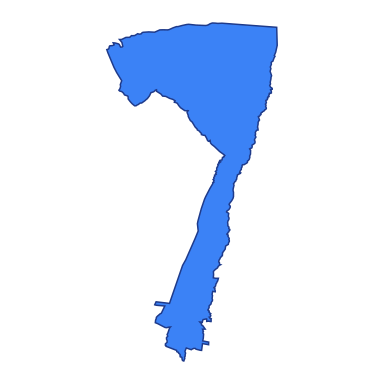 the district of San Francisco Tetlanohcan, Tlaxcala, Mexico, rotated 270°
{"feature_id": "50627088B55823705242599", "entity_name": "San Francisco Tetlanohcan", "entity_type": "district", "adm_level": 2, "iso_a3": "MEX", "parent_name": "Mexico", "parent_adm1": "Tlaxcala", "projection": "equal_earth", "projection_center": [-98.111, 19.261], "detail": "fine", "context": "isolated", "style": "filled", "palette": "blue", "viewbox_px": 384, "rotation_deg": 270, "n_neighbors": 0, "source": "geoboundaries", "source_scale": "gbopen_adm2", "svg_char_len": 6031}
<svg xmlns="http://www.w3.org/2000/svg" viewBox="0 0 384 384"><g transform="rotate(270 192 192)"><path d="M82.2,156.1L79.2,154.7L79.1,154.9L78.7,156.8L78.0,164.8L70.7,161.3L70.3,160.3L68.0,157.6L66.7,156.4L65.3,156.2L63.9,155.6L61.3,155.3L60.3,157.8L56.5,165.1L56.3,166.8L56.8,168.3L57.0,170.4L56.1,169.6L50.5,167.7L49.6,167.1L49.0,167.4L47.7,167.7L46.4,166.5L44.9,166.5L43.5,167.1L41.7,167.1L40.1,165.4L38.7,165.4L38.5,166.0L37.7,166.0L33.6,176.6L32.4,176.8L32.1,177.2L31.7,178.4L30.9,178.6L29.5,180.1L28.8,180.3L28.4,180.0L27.2,180.2L27.0,180.6L26.9,181.5L26.6,181.8L26.2,182.0L25.1,182.0L23.5,182.5L23.0,183.8L25.6,184.8L27.1,184.6L27.9,185.2L29.1,185.1L30.9,185.6L32.3,185.0L33.1,185.1L36.0,186.3L34.3,191.3L35.1,192.5L35.6,193.9L35.6,195.2L34.8,196.0L33.7,200.4L33.6,201.6L40.4,202.5L39.3,208.6L41.9,208.7L43.1,202.7L45.8,203.3L50.0,203.6L50.8,203.0L51.7,203.1L52.0,202.9L52.6,203.4L54.8,202.5L54.9,205.2L58.2,202.9L59.1,201.5L59.8,201.5L61.0,201.0L61.4,200.3L62.0,199.8L61.9,201.3L61.6,202.3L63.6,202.7L64.4,203.1L65.1,206.4L65.0,206.7L62.6,206.7L62.8,208.5L62.4,211.0L62.9,211.2L64.3,211.0L65.2,211.3L65.5,210.8L65.6,210.0L66.3,209.8L66.8,209.3L66.9,209.9L68.2,210.8L69.5,210.1L70.2,210.7L70.4,210.2L71.1,209.9L71.7,209.1L72.8,209.2L73.1,208.7L73.5,208.7L73.7,208.1L74.1,207.9L76.3,209.1L78.1,209.1L80.1,211.1L80.9,211.1L82.4,211.7L83.1,212.4L84.4,212.5L85.2,212.1L88.6,212.5L89.3,212.1L90.9,212.3L92.6,212.7L92.2,215.2L92.9,215.3L94.6,214.8L95.8,214.9L96.0,214.1L96.3,213.9L97.9,215.5L100.2,216.0L101.2,216.7L102.3,217.1L102.9,217.6L105.7,218.4L105.7,215.6L106.2,213.3L109.2,213.6L112.4,213.4L113.5,214.2L114.9,215.8L116.0,217.4L116.6,217.8L117.5,218.1L118.7,219.4L119.3,220.6L119.7,219.5L121.5,219.4L122.1,218.7L123.7,219.0L125.1,219.9L126.6,220.5L127.3,221.4L127.9,221.7L128.3,222.4L129.2,222.3L130.0,222.6L131.0,222.4L134.9,225.2L137.8,225.6L138.3,226.1L139.6,228.3L141.1,228.5L142.5,229.3L143.6,229.3L144.4,228.8L145.0,229.2L145.6,229.2L147.8,227.9L148.8,228.2L149.4,227.7L149.5,227.0L150.0,226.9L150.6,227.7L151.6,228.0L152.2,228.8L153.0,229.0L153.6,229.7L154.6,229.8L155.0,229.1L155.4,228.8L156.4,229.0L157.3,228.7L158.2,227.8L159.4,227.9L161.6,227.6L163.2,228.0L164.4,228.8L165.4,229.0L166.0,229.0L167.8,228.3L170.6,228.7L171.5,227.5L171.6,227.0L172.1,226.5L172.7,226.7L173.1,227.1L174.4,228.9L176.0,229.9L177.1,230.3L178.1,230.1L179.4,229.1L180.2,229.3L183.3,231.7L185.6,233.0L187.4,233.5L191.8,233.5L193.3,233.1L194.8,233.1L198.7,234.0L200.3,233.5L201.3,234.4L202.3,234.8L202.9,235.7L204.1,236.1L204.9,236.7L206.2,236.7L208.5,237.4L208.9,237.3L209.3,237.7L210.6,240.4L211.1,240.7L211.4,239.6L213.1,240.2L214.6,241.3L216.2,241.4L216.9,242.0L217.7,242.1L218.8,242.1L219.3,242.7L219.3,244.0L221.0,246.9L221.9,247.5L222.9,247.4L223.7,248.5L224.8,249.3L227.0,249.9L227.9,249.6L229.8,250.5L233.8,250.6L235.1,249.6L235.6,250.3L235.9,251.5L236.2,251.9L237.3,252.2L238.8,252.0L240.2,254.1L241.1,255.0L242.8,255.0L244.0,254.4L245.8,255.1L246.5,255.8L247.3,255.8L248.8,255.1L249.9,255.6L251.6,255.3L253.0,256.1L253.9,257.0L254.0,258.1L256.3,257.8L256.8,257.5L260.0,258.1L261.8,258.1L262.7,258.7L263.3,258.8L264.0,259.5L267.4,258.3L267.6,258.4L267.6,259.1L268.1,259.7L268.6,260.1L269.1,260.2L269.3,260.8L269.9,261.1L270.6,260.8L270.9,261.0L271.6,261.7L271.7,262.2L272.3,262.6L272.8,263.7L273.3,264.3L274.1,264.7L274.3,265.3L275.3,266.3L276.1,266.3L277.6,265.6L278.4,266.0L279.2,265.9L279.9,265.4L281.2,266.4L283.3,265.8L283.7,266.0L284.0,266.9L284.9,267.5L285.8,267.4L286.1,267.9L286.8,267.7L287.1,267.9L287.3,268.9L287.7,269.1L288.6,268.7L289.6,269.3L290.6,269.3L290.9,270.0L290.6,270.7L291.1,271.4L293.0,271.3L294.2,270.5L294.5,270.9L294.7,272.2L295.7,272.2L297.0,270.4L298.7,269.7L299.6,270.4L300.3,270.5L301.7,270.2L305.4,271.0L306.2,270.9L308.3,271.6L312.7,270.1L315.4,270.9L317.0,270.3L319.7,271.4L321.5,271.2L322.3,271.9L322.7,272.8L326.2,274.1L327.7,275.0L328.5,274.3L331.8,275.7L338.7,277.2L356.7,276.7L360.8,221.9L360.6,217.9L360.9,215.0L361.0,212.3L360.3,210.2L359.2,208.3L358.7,207.0L358.5,205.5L358.9,196.0L359.7,188.7L359.5,186.7L358.5,182.1L357.4,178.0L357.4,176.5L356.2,173.1L354.4,169.1L354.1,167.7L354.2,163.0L354.1,159.8L351.8,154.6L352.1,148.8L351.7,143.1L351.4,142.2L350.2,141.2L349.8,139.3L350.3,137.7L348.5,134.8L348.3,132.8L348.4,131.5L346.7,129.7L346.6,125.9L344.7,122.0L344.5,121.1L344.5,119.5L341.6,121.9L337.7,122.8L337.2,122.5L336.9,121.4L336.9,120.6L339.6,119.2L340.2,118.2L341.0,115.2L341.2,113.2L339.3,114.1L339.0,114.0L338.4,112.4L338.2,109.9L337.7,109.4L335.6,108.9L335.0,108.6L334.4,106.8L331.2,107.9L316.6,114.0L311.4,116.7L303.3,121.7L299.4,120.3L297.5,120.6L295.2,119.9L293.8,118.9L293.0,119.6L292.5,121.5L291.8,122.5L290.8,123.5L289.1,124.5L288.0,127.7L287.3,128.1L285.0,128.2L282.5,130.1L280.4,132.0L278.2,134.6L278.2,136.0L279.0,137.1L279.5,138.3L280.9,140.1L281.0,141.7L283.2,144.8L284.5,146.2L285.3,147.3L288.2,149.5L291.3,150.9L292.2,153.6L293.2,154.9L293.8,155.3L294.2,156.5L292.7,156.6L290.0,160.9L287.9,162.6L287.6,165.8L285.6,169.7L284.6,172.9L283.2,175.1L282.0,174.3L281.7,174.3L281.5,175.6L280.7,177.3L278.5,178.7L276.3,180.5L273.4,184.7L273.2,186.5L273.4,187.3L273.3,188.1L271.8,187.1L271.4,187.1L269.0,188.1L267.4,188.3L263.5,190.3L261.9,192.2L256.9,195.2L255.0,197.1L254.1,197.3L252.8,199.5L251.7,200.2L250.5,201.5L249.4,201.4L248.8,203.3L248.6,205.0L245.8,206.6L243.4,207.6L242.7,208.6L242.7,209.4L243.4,209.7L243.6,210.1L241.1,210.5L239.7,211.6L237.5,214.4L232.5,219.6L229.1,224.3L228.5,224.8L227.7,223.9L227.3,224.1L226.7,223.4L226.6,222.5L224.1,222.0L223.6,219.9L222.7,219.4L222.1,220.6L221.5,219.8L221.4,218.8L220.3,218.9L219.7,217.8L218.5,218.1L217.5,217.4L216.9,217.5L216.1,216.7L213.6,216.7L212.6,215.4L211.3,216.4L210.2,215.6L209.7,216.1L208.8,214.5L207.9,214.8L206.6,213.8L205.3,214.0L204.5,213.1L203.4,214.0L202.7,213.5L201.7,213.8L201.2,212.7L200.4,212.8L195.5,209.9L187.2,205.6L184.7,204.5L175.3,201.3L163.2,198.0L160.3,197.4L153.0,198.2L145.7,195.2L124.3,185.8L118.6,182.6L80.6,169.5L82.2,156.1Z" fill="#3b82f6" stroke="#1e3a8a" stroke-width="1.5"/></g></svg>